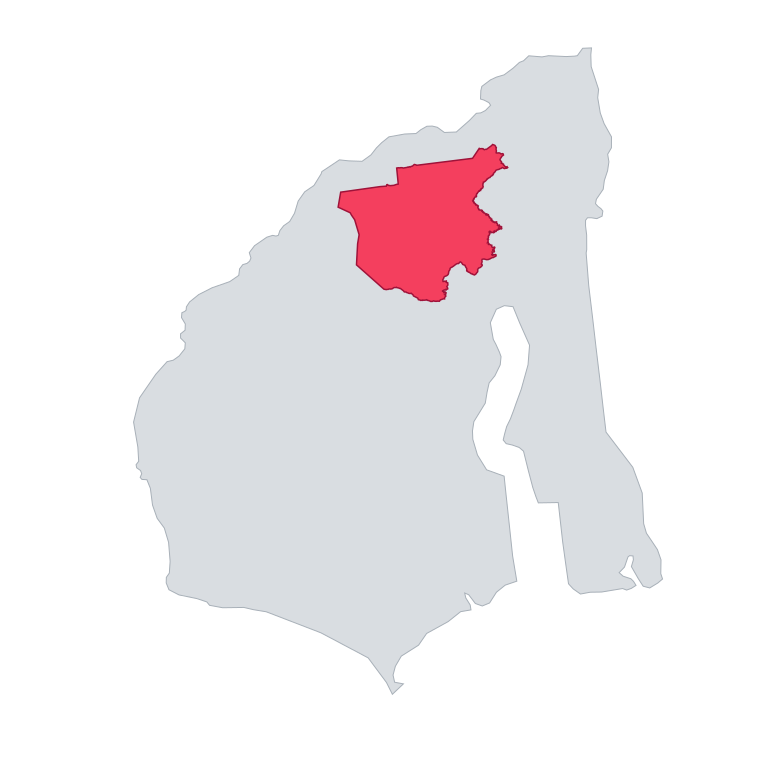 location of Goudiry, Tambacounda, Senegal, rotated 263°
{"feature_id": "50182788B18390590381778", "entity_name": "Goudiry", "entity_type": "district", "adm_level": 2, "iso_a3": "SEN", "parent_name": "Senegal", "parent_adm1": "Tambacounda", "projection": "natural_earth1", "projection_center": [-12.97, 13.973], "detail": "fine", "context": "in_parent", "style": "filled", "palette": "rose", "viewbox_px": 768, "rotation_deg": 263, "n_neighbors": 0, "source": "geoboundaries", "source_scale": "gbopen_adm2", "svg_char_len": 9096}
<svg xmlns="http://www.w3.org/2000/svg" viewBox="0 0 768 768"><g transform="rotate(263 384 384)"><path d="M602.4,348.2L611.9,367.1L609.8,376.1L607.7,389.4L613.0,399.0L619.3,405.3L623.8,411.1L628.7,419.0L629.6,434.9L628.7,446.3L631.9,451.5L634.6,458.0L634.1,463.4L632.3,468.2L626.3,474.6L625.3,486.5L635.1,500.8L641.4,508.6L641.3,513.1L643.1,518.0L647.7,523.8L650.5,522.4L653.7,517.7L655.1,514.5L663.5,515.9L667.5,517.4L672.9,526.8L674.9,533.0L676.2,540.9L681.8,550.7L686.7,557.6L687.8,561.9L692.1,567.7L689.4,580.7L689.8,587.3L686.8,604.7L686.2,612.9L686.3,615.9L693.0,622.1L692.3,630.9L685.6,629.4L673.8,628.3L650.2,632.9L642.1,631.0L626.6,631.7L615.6,634.2L601.6,639.9L590.7,638.5L584.8,634.0L577.1,634.3L568.4,631.9L559.1,627.5L550.6,625.3L541.5,617.3L537.2,615.9L534.2,618.0L531.6,620.7L529.0,622.3L524.0,620.9L522.2,615.4L523.7,610.2L524.2,606.2L521.9,604.0L516.3,603.3L507.2,603.3L492.7,601.6L489.4,600.6L456.8,599.2L423.0,599.1L394.4,598.9L358.3,598.8L332.9,598.6L309.2,598.5L290.9,609.2L271.0,620.8L244.3,627.0L213.7,624.7L203.9,626.3L193.7,631.5L186.3,635.2L175.7,637.5L162.0,635.6L156.5,636.7L153.1,631.5L149.2,622.9L151.7,616.6L160.0,612.6L172.6,607.3L179.1,610.1L183.0,610.2L183.7,606.8L182.5,605.0L173.0,600.4L168.1,594.4L164.1,597.9L160.6,605.3L157.7,607.6L153.4,609.6L151.0,604.6L149.9,599.7L151.9,595.9L151.0,574.6L152.2,563.3L151.6,553.4L157.6,546.8L163.2,542.8L185.1,542.4L205.5,542.1L225.1,542.3L245.1,542.5L247.2,522.7L253.5,521.1L263.0,519.1L280.6,516.7L300.3,514.3L304.5,510.5L307.8,503.9L309.9,498.0L313.9,495.5L319.4,497.5L326.7,500.5L334.1,505.3L342.7,509.8L348.4,512.6L362.1,519.6L385.5,529.3L404.8,533.2L428.1,526.1L445.0,521.5L447.1,513.0L444.5,504.6L431.9,497.0L414.9,497.9L409.7,499.9L401.7,502.4L396.9,503.5L388.9,501.7L378.7,495.1L372.3,488.5L363.3,485.3L352.7,482.2L335.7,468.6L326.7,466.1L318.3,465.4L302.1,468.1L286.3,475.4L277.9,492.0L262.1,491.7L228.5,491.2L197.6,490.7L172.1,491.8L169.6,479.8L163.6,470.2L153.8,462.1L151.7,454.5L155.0,447.9L164.5,442.4L166.7,438.6L161.7,439.1L154.2,442.6L149.2,442.8L148.7,432.3L140.4,418.8L131.2,395.9L120.6,386.5L111.8,368.0L102.5,360.9L94.0,357.5L86.7,358.2L84.0,366.7L75.0,354.5L87.4,350.1L114.1,334.9L144.7,291.1L172.3,239.3L175.9,227.0L179.3,217.7L181.6,196.6L185.6,183.9L189.3,181.6L193.9,171.9L199.6,154.9L206.0,145.5L213.1,143.6L218.6,144.4L222.5,147.9L234.0,150.1L253.1,150.9L267.8,148.4L278.3,142.5L292.0,139.5L308.9,139.4L317.9,137.0L318.8,132.1L321.0,130.6L324.5,132.6L327.8,131.8L331.0,128.3L334.1,128.1L337.2,131.1L351.4,132.0L376.7,130.8L400.1,139.7L421.5,158.7L432.6,171.4L433.3,177.7L436.8,184.1L443.2,190.6L449.1,191.8L454.4,187.7L458.6,188.2L461.6,193.1L467.8,194.1L474.6,191.1L479.4,192.1L480.3,195.0L481.4,196.6L484.7,197.3L489.2,201.1L495.4,211.1L500.5,225.2L504.4,243.3L509.5,253.1L515.9,254.7L519.7,258.4L520.4,262.7L522.3,265.6L525.3,267.3L530.8,266.3L537.1,272.4L544.0,285.6L545.1,291.6L544.0,294.8L544.4,297.2L549.0,299.4L553.3,303.7L556.8,310.2L564.4,316.0L576.0,321.1L584.4,328.7L589.6,338.7L600.2,347.2L602.4,348.2Z" fill="#d9dde1" stroke="#a8b0b8" stroke-width="1"/><path d="M565.1,360.0L558.1,371.3L555.6,372.3L550.6,374.9L535.2,377.5L526.4,374.9L505.6,371.2L478.1,395.5L477.4,397.8L477.5,398.7L477.4,399.7L477.7,400.6L477.4,402.5L477.6,404.1L478.3,405.1L478.5,405.9L478.3,407.6L478.5,408.1L478.1,408.5L477.5,410.4L477.0,411.0L476.9,411.8L474.2,414.6L472.9,415.4L472.6,417.1L471.9,417.8L471.8,418.3L470.9,419.8L470.6,421.1L470.8,422.0L468.9,423.7L467.8,424.0L465.1,428.0L463.5,428.4L462.9,430.1L462.5,430.5L462.5,431.6L462.3,432.5L462.6,432.7L462.3,433.7L462.2,435.2L462.5,436.6L462.4,436.8L461.9,436.9L461.2,438.9L460.2,440.5L460.1,442.3L460.5,443.2L460.0,444.4L459.7,445.7L459.7,447.2L459.4,449.1L460.7,450.3L460.7,450.8L461.3,453.2L461.1,454.5L462.3,454.6L463.7,456.1L464.7,455.9L465.2,455.2L465.7,456.3L466.9,456.7L467.1,455.6L467.8,456.0L468.0,455.8L468.0,455.3L467.6,454.5L468.3,454.4L468.9,453.4L469.2,453.4L469.5,453.8L469.3,454.7L469.7,454.8L470.1,455.2L469.7,457.0L470.5,457.2L470.3,458.0L470.7,458.9L471.8,458.8L473.0,458.2L474.5,459.5L476.7,459.6L477.1,458.5L477.5,458.1L478.5,458.5L478.7,458.4L478.4,457.5L478.7,456.9L478.5,456.1L478.6,455.1L480.4,455.1L481.2,455.8L481.9,456.2L482.5,456.3L483.3,457.2L483.8,459.3L484.2,460.1L484.9,461.0L486.4,461.7L486.8,461.7L488.0,462.1L489.5,463.4L490.4,463.5L490.9,463.9L491.5,464.9L491.7,465.8L492.1,466.4L492.3,467.0L493.8,469.5L493.9,469.8L494.4,470.5L494.6,471.5L494.4,472.3L494.8,473.1L495.8,474.2L495.9,474.8L494.9,475.8L493.1,476.7L492.7,477.3L491.9,478.9L490.7,479.1L488.4,480.2L486.7,479.9L486.2,479.9L486.0,480.5L485.6,480.5L484.7,481.6L484.2,482.7L483.3,483.3L482.6,484.4L482.4,485.3L482.1,485.4L481.8,485.8L481.2,487.2L482.1,488.8L483.1,489.6L483.8,490.5L484.8,490.9L486.0,490.8L487.2,491.7L487.7,492.4L487.7,493.2L488.4,494.5L489.3,495.6L489.9,496.0L490.3,496.0L491.1,495.2L492.5,495.9L493.7,496.3L494.9,496.2L495.8,496.6L495.9,498.5L494.9,500.9L494.8,502.6L495.4,504.8L495.9,505.8L496.2,506.9L496.2,508.0L496.6,508.7L497.2,510.6L498.3,511.0L498.9,510.6L498.9,508.5L498.4,507.5L499.2,506.7L499.3,506.7L499.1,507.5L499.4,507.8L501.8,507.4L501.8,508.2L501.6,509.3L501.9,509.7L502.6,509.5L503.3,509.7L503.6,509.6L503.6,508.2L503.9,508.2L504.8,509.9L505.8,510.6L506.4,510.4L506.5,510.2L506.1,508.6L507.1,507.7L508.6,507.9L508.9,506.9L509.8,505.8L509.8,505.6L510.0,505.5L509.7,505.0L509.8,504.7L510.2,504.7L510.7,505.0L511.5,504.8L511.6,503.9L512.6,504.7L513.0,504.6L513.6,504.8L514.5,504.9L515.0,504.5L515.1,505.2L515.6,504.9L516.8,505.6L517.0,505.5L517.4,505.7L517.6,505.5L518.1,505.5L519.0,506.7L519.6,506.8L520.1,507.4L520.6,507.2L520.8,507.3L521.2,507.0L521.8,507.3L522.1,506.9L522.4,507.0L522.6,507.4L522.1,508.1L522.5,508.1L522.4,508.3L521.2,508.9L521.5,509.5L521.1,510.5L520.8,510.8L520.9,511.7L521.4,512.4L521.8,511.6L522.1,511.7L522.4,512.0L522.2,512.1L521.8,513.8L522.0,514.0L522.9,514.3L522.9,515.0L523.2,515.4L523.0,515.6L523.3,516.5L523.6,516.7L524.3,516.6L524.3,516.8L524.5,516.9L523.9,517.0L523.6,517.4L523.6,517.6L524.0,518.0L523.6,519.5L523.9,519.8L525.1,519.4L525.5,519.9L526.0,519.5L525.9,518.2L526.2,518.6L526.7,518.1L526.8,517.7L527.2,518.0L527.7,517.8L527.3,517.1L527.3,516.4L527.8,515.9L528.4,516.2L528.7,516.2L529.9,515.7L530.1,515.5L530.0,515.2L530.3,515.0L531.2,515.4L531.3,515.0L531.1,514.4L530.9,514.2L530.7,513.4L531.0,513.1L531.4,513.1L531.4,512.4L531.8,512.6L532.2,512.2L532.5,511.1L532.8,510.9L533.0,511.3L533.5,510.9L533.7,510.5L534.0,511.0L534.4,511.1L534.7,510.4L535.4,510.3L535.9,509.8L535.9,509.4L536.1,509.0L536.8,509.0L537.0,508.8L537.3,508.9L537.7,508.4L538.5,508.4L538.8,508.2L539.2,508.3L539.4,508.2L539.4,507.1L539.0,507.1L538.9,506.9L539.6,506.4L539.5,505.8L539.9,505.7L540.4,506.2L540.4,505.4L541.4,504.8L541.6,504.0L541.9,503.7L542.4,503.9L542.6,503.7L542.5,503.1L543.4,502.6L543.6,502.2L543.8,502.3L543.9,502.8L544.3,502.7L544.5,502.0L544.8,501.8L544.9,500.5L545.2,500.1L545.2,499.7L545.5,499.3L545.7,499.2L545.9,499.3L546.6,499.4L547.2,499.0L547.4,498.6L548.3,498.7L548.7,499.1L549.1,499.0L549.3,499.2L549.8,498.8L549.8,498.2L550.4,498.0L550.7,497.4L550.5,497.0L550.7,496.8L551.0,496.8L551.5,496.5L551.8,496.7L552.0,496.3L552.4,496.1L552.5,495.5L553.1,495.2L553.4,495.5L553.6,495.2L553.9,495.3L554.2,494.8L554.5,494.9L554.7,494.6L555.3,495.0L555.5,494.8L555.6,495.1L555.9,495.3L556.1,495.5L556.4,495.4L556.8,496.0L557.1,495.8L557.3,496.1L558.0,496.6L558.4,497.0L558.5,498.2L558.8,498.6L559.3,498.3L559.7,498.3L560.1,498.5L560.1,498.8L561.5,499.1L561.8,499.9L562.6,500.2L563.0,500.9L563.6,501.3L563.7,502.0L564.2,502.0L564.3,503.4L564.9,503.3L565.2,503.9L565.5,503.7L566.0,504.3L566.1,505.1L566.4,505.2L566.7,506.0L568.1,506.5L568.5,506.3L568.9,506.4L569.4,506.3L569.8,506.5L570.9,506.6L571.4,507.1L572.2,507.2L572.3,508.0L573.1,509.5L574.2,510.8L574.7,510.9L574.8,511.7L575.3,512.0L575.4,512.4L575.8,513.0L576.1,514.4L577.0,515.1L577.4,516.2L577.7,516.6L577.8,517.2L578.3,517.2L578.8,518.1L579.3,518.1L580.3,519.0L580.4,519.3L581.2,520.2L582.5,521.2L582.9,522.7L583.0,524.2L583.6,525.5L583.6,526.3L584.4,527.8L583.7,529.0L583.3,529.4L583.1,530.2L583.4,531.0L583.2,532.1L583.6,532.9L583.8,533.1L584.0,532.8L584.5,532.7L584.3,532.4L584.5,531.5L584.8,531.5L584.9,530.9L585.5,530.4L586.0,530.0L586.4,529.9L586.7,529.4L587.2,529.2L587.5,529.3L587.6,529.0L588.3,528.8L588.4,528.2L588.8,527.3L589.9,527.8L592.2,526.5L592.8,526.5L594.3,527.6L594.7,528.1L595.5,528.5L596.7,530.5L597.3,530.4L598.0,530.2L598.2,529.8L598.1,528.2L598.9,527.4L599.4,526.4L599.5,524.2L599.8,523.5L601.8,524.0L603.4,523.8L605.0,524.3L605.5,523.8L606.4,523.7L607.5,523.0L608.5,521.0L607.5,519.8L604.4,514.3L604.6,513.1L604.3,512.2L604.9,511.2L605.5,511.0L605.8,509.1L605.8,508.1L605.6,507.3L606.1,507.1L597.2,499.4L597.1,443.1L597.6,442.5L598.1,441.2L598.2,440.8L596.8,438.8L596.7,437.5L596.2,436.4L596.6,435.5L596.2,434.7L596.4,433.8L596.2,433.4L596.0,429.5L596.5,428.3L596.7,426.8L596.6,425.9L596.9,424.5L596.8,422.9L580.7,422.5L580.6,420.7L580.0,418.1L580.1,414.4L580.7,412.4L581.5,411.8L581.5,411.1L580.1,410.4L580.4,404.1L579.7,364.4L565.1,360.0Z" fill="#f43f5e" stroke="#9f1239" stroke-width="1.5"/></g></svg>